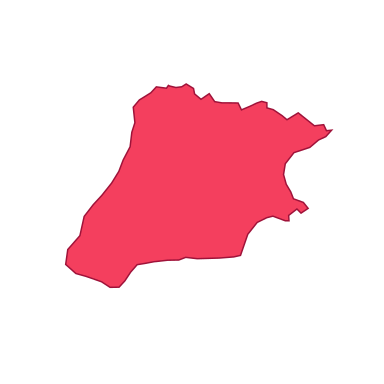 Potamitissa, Limassol, Cyprus, rotated 40°
{"feature_id": "46923920B84846265665019", "entity_name": "Potamitissa", "entity_type": "district", "adm_level": 2, "iso_a3": "CYP", "parent_name": "Cyprus", "parent_adm1": "Limassol", "projection": "robinson", "projection_center": [32.989, 34.901], "detail": "fine", "context": "isolated", "style": "filled", "palette": "rose", "viewbox_px": 384, "rotation_deg": 40, "n_neighbors": 0, "source": "geoboundaries", "source_scale": "gbopen_adm2", "svg_char_len": 1177}
<svg xmlns="http://www.w3.org/2000/svg" viewBox="0 0 384 384"><g transform="rotate(40 192 192)"><path d="M259.2,54.9L255.6,58.6L249.6,55.8L243.2,62.6L222.5,63.1L218.3,75.6L212.1,75.6L201.3,76.7L195.3,79.4L192.0,75.5L187.1,77.8L184.3,82.5L181.3,89.1L177.1,97.3L170.1,94.2L163.6,99.5L157.6,104.5L151.3,108.2L142.0,105.6L139.3,115.2L130.9,115.2L126.6,111.7L118.1,113.0L116.5,118.0L112.5,122.3L106.5,125.3L105.4,125.5L105.7,128.9L97.1,134.4L96.7,142.5L92.5,155.3L92.5,164.8L103.7,175.6L107.5,184.9L115.5,197.1L118.7,211.7L122.7,223.2L124.7,236.8L125.1,252.6L124.5,265.2L125.1,280.0L134.2,297.5L133.8,315.9L141.8,328.7L155.4,329.1L164.9,324.8L179.9,319.1L180.5,318.9L190.5,317.7L197.3,311.8L197.5,307.2L197.7,303.3L196.5,292.8L196.7,282.9L202.0,276.8L207.8,269.7L209.3,268.2L217.2,259.9L225.6,252.6L229.2,246.1L238.9,239.7L247.1,232.4L255.3,225.1L265.7,214.9L269.9,209.4L261.9,188.5L261.5,173.4L265.8,163.6L269.5,158.5L281.9,154.1L284.8,151.7L281.1,147.8L283.3,137.6L289.1,138.1L291.5,129.9L284.0,128.4L274.1,132.0L267.5,128.4L259.2,125.5L250.9,119.8L245.3,110.4L244.8,96.3L253.6,82.0L255.5,70.8L258.9,63.6L259.2,54.9Z" fill="#f43f5e" stroke="#9f1239" stroke-width="1.5"/></g></svg>